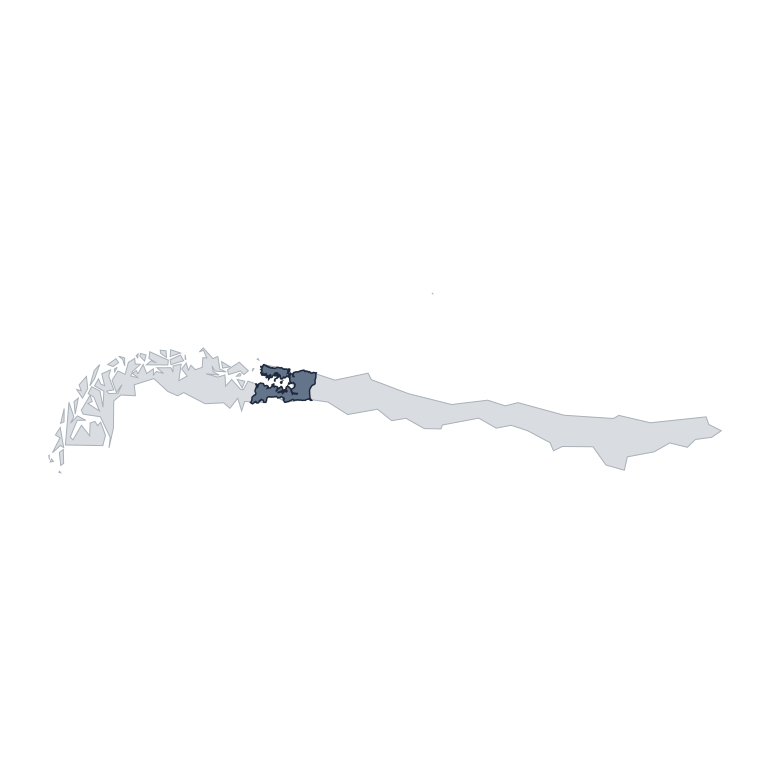 location of Los Lagos within Chile, rotated 89°
{"feature_id": "CHL-2704", "entity_name": "Los Lagos", "entity_type": "Region", "adm_level": 1, "iso_a3": "CHL", "parent_name": "Chile", "parent_adm1": "", "projection": "robinson", "projection_center": [-73.115, -42.159], "detail": "fine", "context": "in_parent", "style": "filled", "palette": "slate", "viewbox_px": 768, "rotation_deg": 89, "n_neighbors": 0, "source": "natural_earth", "source_scale": "10m", "svg_char_len": 9827}
<svg xmlns="http://www.w3.org/2000/svg" viewBox="0 0 768 768"><g transform="rotate(89 384 384)"><path d="M422.5,62.5L430.1,60.0L436.6,47.6L443.0,57.3L444.9,73.6L452.6,81.8L447.9,99.3L456.5,115.0L461.1,142.0L474.4,145.2L468.9,163.5L450.4,176.2L449.6,206.8L453.7,215.7L445.6,218.9L433.2,241.3L427.5,257.5L430.1,272.6L419.8,289.9L426.0,326.3L429.9,327.8L429.3,344.5L418.7,362.6L420.8,377.0L409.1,390.9L413.9,420.9L401.1,440.3L397.8,460.6L400.4,482.7L394.7,492.0L395.3,500.6L400.2,503.6L399.1,523.7L408.4,526.8L395.7,530.5L405.6,538.5L400.0,544.6L400.6,563.2L389.1,584.4L392.2,590.5L387.7,600.3L374.6,614.0L380.4,633.7L391.4,632.8L390.4,647.3L396.2,654.5L423.2,655.3L443.1,660.1L432.7,658.6L411.8,668.2L408.9,685.4L404.9,687.1L390.2,678.1L396.5,676.1L398.4,680.4L406.0,668.9L392.0,674.4L388.4,680.0L381.7,676.3L386.0,668.1L402.3,665.4L386.3,664.2L380.8,673.4L373.8,669.4L379.2,667.2L380.8,663.4L368.9,666.0L365.1,657.2L371.2,659.1L385.2,654.3L386.2,661.2L388.8,659.5L388.6,650.2L380.1,645.9L387.8,651.7L375.5,655.8L366.3,649.7L369.8,642.7L357.9,639.2L354.1,632.8L359.6,632.4L360.1,627.3L367.0,635.1L371.5,637.1L373.6,629.5L369.2,635.2L366.2,631.5L369.5,629.9L360.3,624.5L369.4,621.1L364.8,614.3L371.0,614.4L367.5,611.3L369.6,604.2L363.8,610.8L364.0,596.8L368.6,594.8L362.2,594.6L360.6,586.5L377.1,589.1L372.6,580.6L365.5,586.0L359.6,581.4L366.8,579.4L361.9,576.7L366.4,572.4L364.2,565.5L354.6,564.7L354.8,560.7L347.1,564.0L348.7,568.1L344.8,564.1L355.6,554.6L353.6,549.7L366.3,547.8L369.1,541.5L368.2,552.8L363.0,555.6L369.0,554.5L372.2,548.6L370.7,561.7L374.2,550.1L372.2,542.9L383.4,542.4L376.8,536.3L387.0,527.4L387.2,524.6L378.8,519.9L385.9,500.1L385.8,486.4L390.9,488.7L389.7,481.5L385.0,480.3L391.7,475.7L392.3,473.1L372.0,477.3L368.4,463.9L379.3,433.0L372.9,399.7L379.4,396.6L394.0,360.0L405.7,316.7L402.0,280.6L408.0,263.2L405.0,250.4L418.4,204.3L422.5,155.2L419.5,149.7L427.4,118.4L422.5,62.5ZM440.7,666.2L439.4,703.6L396.8,699.3L411.4,694.7L417.7,698.1L410.6,691.0L415.1,682.8L414.9,691.4L431.6,698.6L434.4,696.0L420.0,687.2L430.7,679.2L417.8,678.5L416.4,673.6L420.6,671.2L417.3,667.9L430.3,663.4L440.7,666.2ZM371.5,505.5L362.8,503.5L367.7,478.3L376.5,485.3L371.3,492.2L376.3,498.3L371.5,505.5ZM361.2,599.8L360.7,621.3L356.8,616.4L358.9,611.2L354.3,618.6L347.7,617.6L356.4,599.2L361.2,599.8ZM421.9,708.5L441.9,705.4L439.8,708.7L446.9,716.7L432.2,708.9L429.2,713.4L421.9,708.5ZM372.1,523.9L368.4,527.4L371.9,539.2L367.1,540.2L359.7,528.4L368.4,519.4L372.1,523.9ZM383.4,680.3L392.9,685.8L384.1,691.3L385.5,686.8L379.6,688.9L371.2,681.4L383.4,680.3ZM392.8,689.9L408.7,693.3L396.2,694.2L392.8,689.9ZM459.8,708.6L446.8,709.8L443.9,705.8L457.8,705.7L459.8,708.6ZM360.9,596.8L356.0,597.4L351.5,587.0L357.2,583.9L360.9,596.8ZM352.8,597.3L346.0,596.7L349.5,586.9L352.8,597.3ZM385.6,525.9L376.9,530.6L378.8,523.1L385.6,525.9ZM357.9,648.9L361.8,654.6L359.7,659.9L354.1,651.6L357.9,648.9ZM359.6,667.9L373.7,673.3L380.6,678.1L365.5,673.5L359.6,667.9ZM365.3,545.1L358.8,546.0L364.1,537.5L365.3,545.1ZM402.9,704.2L416.2,704.6L417.7,708.0L402.9,704.2ZM353.6,601.0L349.7,606.6L346.3,607.2L347.0,601.4L353.6,601.0ZM356.9,623.0L351.9,627.6L349.2,627.0L350.8,621.4L356.9,623.0ZM361.4,642.9L354.8,644.9L351.6,648.8L353.4,642.9L361.4,642.9ZM351.4,631.3L349.5,629.3L353.7,629.8L351.4,631.3ZM373.6,531.4L371.0,528.4L371.5,526.8L373.5,527.7L373.6,531.4ZM367.2,653.0L364.5,653.4L362.6,650.5L367.2,653.0ZM356.0,582.3L351.2,582.4L355.8,581.7L356.0,582.3ZM455.7,715.8L456.2,719.1L453.1,717.8L455.7,715.8ZM366.4,513.8L369.0,515.6L366.3,514.7L366.4,513.8ZM453.7,719.9L449.6,720.4L449.3,720.0L453.7,719.9ZM467.1,708.8L466.6,710.6L465.6,710.0L467.1,708.8ZM295.2,333.0L293.7,334.6L295.2,333.0ZM357.8,508.8L356.9,510.4L356.4,509.4L357.8,508.8Z" fill="#d9dde1" stroke="#a8b0b8" stroke-width="1"/><path d="M400.0,481.6L400.5,482.4L400.6,483.3L400.4,483.7L399.6,484.2L398.5,484.4L397.9,485.0L397.5,484.8L397.1,484.1L396.7,484.1L396.2,484.4L396.0,485.3L395.0,486.5L394.9,486.9L395.1,487.4L395.9,488.3L395.7,489.5L396.2,490.3L395.0,491.2L394.7,491.7L394.6,492.3L394.9,492.8L394.7,493.4L395.0,494.5L395.1,497.0L394.6,499.4L394.9,500.2L395.9,501.3L396.6,501.5L398.7,501.8L400.3,502.5L400.2,504.6L400.1,504.8L399.5,504.7L398.1,505.1L397.9,505.9L397.5,506.3L397.6,506.9L397.3,507.2L397.6,507.4L398.0,507.3L398.5,507.5L398.7,508.2L398.4,508.6L398.5,508.9L399.5,509.0L400.7,510.0L400.8,511.4L399.4,512.2L399.2,512.7L399.3,513.0L399.5,513.1L400.1,513.0L400.0,514.0L400.5,514.3L401.5,515.7L401.3,516.3L400.2,517.8L399.5,517.0L397.1,516.3L395.1,516.2L394.6,515.9L393.7,514.7L393.0,514.2L392.8,513.9L393.0,513.3L391.7,512.3L390.7,512.3L389.4,513.0L388.7,513.1L385.8,512.2L385.0,510.6L384.6,510.8L384.3,511.6L383.5,511.5L381.9,512.2L381.7,512.0L381.9,511.6L382.7,511.1L382.9,510.3L383.8,510.1L383.7,509.8L382.1,509.7L380.9,507.5L381.3,506.1L381.3,505.0L381.7,504.5L383.8,503.6L383.8,502.8L383.4,501.2L384.4,499.8L385.3,499.7L385.5,500.4L386.3,500.8L385.9,499.6L386.1,497.8L384.8,496.6L384.4,495.1L384.4,494.1L384.9,494.0L385.0,493.6L384.4,492.8L384.6,491.6L385.0,490.7L386.0,490.5L387.1,490.7L388.5,491.7L389.1,491.7L388.8,491.1L387.1,490.3L386.5,489.5L386.5,488.7L385.9,488.6L385.5,487.2L384.9,487.2L384.7,487.0L384.7,486.8L385.2,486.1L388.3,485.1L388.8,485.6L390.3,489.6L390.7,490.0L390.8,489.6L390.5,488.1L389.9,486.9L390.0,486.6L390.9,486.0L390.2,486.0L389.9,485.4L390.0,484.9L390.7,484.5L389.8,484.1L389.8,483.0L390.2,481.5L389.4,481.0L388.5,482.4L388.0,482.4L387.8,482.0L387.5,482.2L387.0,481.8L386.7,482.1L386.3,482.1L385.0,481.4L384.8,480.8L384.1,480.3L385.1,479.7L385.2,479.2L387.6,477.0L388.7,477.1L389.2,476.8L389.8,476.9L390.9,476.5L391.8,475.7L392.5,475.7L391.9,475.1L392.2,473.8L392.5,473.5L392.1,472.8L392.6,471.4L392.5,471.0L392.3,470.8L392.0,470.8L391.9,471.1L392.2,471.5L391.8,472.3L391.5,474.7L390.9,475.9L388.5,476.8L387.3,476.3L386.9,475.1L386.4,474.7L386.0,473.9L384.8,473.1L384.2,473.3L383.3,472.8L382.8,473.4L382.2,473.3L382.0,473.6L382.0,474.1L381.0,474.4L380.9,474.6L381.2,475.0L381.5,475.5L381.4,476.0L381.7,476.6L381.1,476.8L380.5,477.6L380.0,477.5L379.6,478.1L376.4,478.0L376.6,478.3L375.4,478.5L373.1,477.6L371.6,477.5L372.1,477.1L372.5,476.3L372.5,475.5L372.9,475.1L374.6,475.0L375.4,473.3L374.3,474.7L373.7,474.8L373.1,474.6L372.3,474.7L371.4,474.2L371.1,474.2L370.9,473.9L371.0,473.5L370.5,472.5L370.3,471.7L370.5,470.2L370.3,469.2L369.3,467.0L369.3,466.4L369.1,466.0L368.9,463.8L370.2,462.8L369.7,461.9L370.0,461.2L370.1,460.2L370.9,459.2L370.4,458.5L370.7,458.0L371.6,457.4L372.0,456.3L371.2,454.2L371.5,453.6L371.7,451.5L372.9,452.0L376.0,452.0L379.6,453.0L381.6,452.8L382.6,453.0L383.3,453.8L383.8,455.4L384.2,455.9L386.6,457.6L387.8,458.2L389.3,458.6L393.1,458.5L396.8,458.2L398.5,457.2L399.0,456.6L399.1,456.9L399.1,457.6L397.6,459.4L398.2,461.7L399.0,463.2L398.8,464.3L399.0,465.7L398.7,467.2L398.5,467.5L398.7,468.7L398.2,470.8L398.6,472.0L398.5,473.3L399.0,474.3L397.9,475.2L397.9,475.8L398.7,476.9L398.9,478.1L399.8,479.5L400.0,480.8L400.0,481.6ZM363.6,504.4L363.2,504.5L362.6,504.0L362.5,503.6L363.0,503.2L363.3,502.1L363.9,501.8L363.9,501.6L363.5,501.2L363.8,500.7L364.3,500.6L365.0,499.8L365.0,499.6L364.7,499.3L365.3,498.8L365.0,498.0L365.7,497.7L365.9,497.4L366.0,496.6L365.8,496.4L366.0,496.0L365.8,495.3L366.2,495.0L366.0,494.5L366.4,494.0L366.4,493.1L366.2,492.0L365.9,491.1L365.5,490.9L365.6,490.4L365.5,489.5L366.2,487.5L365.8,486.5L366.0,486.1L367.5,484.2L367.3,483.4L367.6,482.9L367.4,480.9L368.0,480.3L368.1,479.9L367.8,479.3L367.4,479.1L367.3,478.5L367.7,477.9L368.9,478.6L369.1,478.1L369.4,478.1L369.8,478.4L369.7,479.1L368.4,478.7L368.2,478.8L368.1,479.2L368.4,479.5L370.1,480.0L370.4,479.9L370.7,479.4L371.5,480.1L371.4,479.4L372.6,478.5L373.4,478.9L373.8,478.4L374.4,478.4L374.8,479.1L375.1,478.9L375.3,479.2L374.7,479.6L374.9,480.2L374.8,480.6L374.4,480.6L374.2,480.9L374.9,481.3L375.4,482.2L376.0,482.6L376.1,483.3L375.3,483.9L375.5,484.4L377.0,485.3L376.8,485.7L377.2,486.1L377.1,486.8L376.9,487.3L376.3,487.1L375.2,487.6L374.1,487.6L373.0,488.1L372.8,488.4L372.9,489.0L372.7,489.8L373.0,490.3L373.8,490.9L372.4,491.3L371.8,491.2L371.3,490.7L371.7,490.0L371.6,489.9L371.1,490.3L370.8,490.9L371.2,491.4L370.9,492.2L371.0,492.6L372.0,493.4L372.6,493.5L373.5,494.9L375.2,495.7L375.5,496.2L375.5,497.1L375.3,497.3L374.4,497.3L373.8,497.1L373.7,497.4L372.4,497.1L373.3,497.8L373.2,498.3L373.6,498.4L373.7,498.8L374.3,498.8L375.1,500.4L374.2,500.0L373.9,500.1L373.8,500.3L374.4,500.4L375.5,501.2L375.4,501.7L375.1,501.7L374.2,501.3L372.3,501.9L372.0,501.3L371.5,501.5L371.9,502.4L371.8,503.1L371.9,503.4L373.1,504.6L373.1,504.9L372.9,505.0L372.1,505.0L373.0,505.6L373.0,505.8L372.8,506.1L372.1,506.3L371.2,505.7L371.1,506.6L370.8,506.5L370.5,506.9L370.1,506.8L369.3,505.8L368.7,505.9L368.4,506.2L367.9,505.8L367.6,505.8L367.2,506.0L367.1,506.5L366.5,505.7L364.1,505.0L363.6,504.4ZM376.6,491.1L376.5,491.8L375.7,490.6L373.8,489.8L373.2,488.7L373.3,488.4L374.8,488.5L375.1,489.3L376.6,491.1ZM389.4,484.5L388.0,483.7L388.3,483.1L388.8,482.8L389.2,482.8L389.5,483.2L389.5,484.3L389.4,484.5ZM373.8,498.3L374.1,497.9L374.6,498.0L376.5,498.6L377.3,499.3L376.1,499.3L375.4,498.7L373.8,498.3ZM373.9,492.0L373.9,493.1L373.7,493.1L372.9,492.8L372.2,493.0L371.8,492.4L373.1,492.2L373.7,491.8L373.9,492.0ZM381.3,479.1L381.5,478.6L381.3,477.4L381.6,477.3L382.5,479.1L382.4,479.4L382.0,479.4L381.3,479.1ZM382.1,494.1L382.6,494.2L382.8,494.8L383.1,494.8L383.3,494.4L383.5,494.6L383.7,495.7L383.1,496.1L382.0,494.4L382.1,494.1ZM381.0,486.1L381.5,486.6L381.5,486.9L380.5,487.4L379.9,486.8L379.7,486.2L380.4,486.8L381.0,486.1ZM372.4,502.6L373.2,502.9L373.3,503.5L373.1,503.7L372.3,503.2L372.2,502.8L372.4,502.6ZM377.6,492.8L379.1,493.0L379.1,493.3L378.3,493.4L377.4,492.9L377.6,492.8ZM364.7,505.6L364.7,506.3L365.0,506.7L364.7,506.9L364.3,506.8L364.4,505.8L364.7,505.6Z" fill="#64748b" stroke="#1e293b" stroke-width="1.5"/></g></svg>